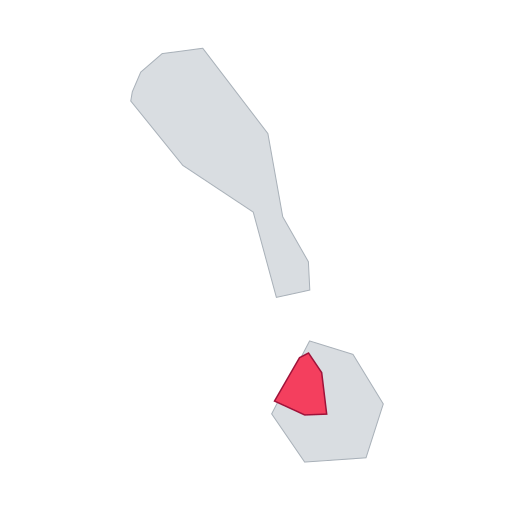 location of Saint Thomas Lowland within Saint Kitts and Nevis, rotated 20°
{"feature_id": "KNA-5110", "entity_name": "Saint Thomas Lowland", "entity_type": "Parish", "adm_level": 1, "iso_a3": "KNA", "parent_name": "Saint Kitts and Nevis", "parent_adm1": "", "projection": "albers", "projection_center": [-62.608, 17.164], "detail": "fine", "context": "in_parent", "style": "filled", "palette": "rose", "viewbox_px": 512, "rotation_deg": 20, "n_neighbors": 0, "source": "natural_earth", "source_scale": "10m", "svg_char_len": 551}
<svg xmlns="http://www.w3.org/2000/svg" viewBox="0 0 512 512"><g transform="rotate(20 256 256)"><path d="M318.2,269.6L289.3,287.9L238.4,215.7L156.2,195.9L85.3,153.2L83.6,144.0L84.8,122.6L98.6,97.9L134.9,79.0L225.3,136.9L267.7,210.0L307.2,243.5L318.2,269.6ZM428.4,408.0L372.2,433.0L324.7,399.0L335.4,317.5L380.8,315.3L426.2,351.5L428.4,408.0Z" fill="#d9dde1" stroke="#a8b0b8" stroke-width="1"/><path d="M323.0,386.0L331.7,336.6L338.5,329.2L357.6,343.1L376.5,380.4L356.1,388.7L323.0,386.0Z" fill="#f43f5e" stroke="#9f1239" stroke-width="1.5"/></g></svg>